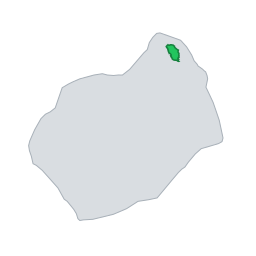 location of Qomoqomong, Quthing, Lesotho, rotated 189°
{"feature_id": "5366337B91724059499872", "entity_name": "Qomoqomong", "entity_type": "district", "adm_level": 2, "iso_a3": "LSO", "parent_name": "Lesotho", "parent_adm1": "Quthing", "projection": "robinson", "projection_center": [27.812, -30.459], "detail": "fine", "context": "in_parent", "style": "filled", "palette": "green", "viewbox_px": 256, "rotation_deg": 189, "n_neighbors": 0, "source": "geoboundaries", "source_scale": "gbopen_adm2", "svg_char_len": 3431}
<svg xmlns="http://www.w3.org/2000/svg" viewBox="0 0 256 256"><g transform="rotate(189 128 128)"><path d="M169.9,175.0L162.5,177.4L161.5,177.6L156.8,177.1L150.5,177.6L145.6,178.9L141.8,179.4L135.5,186.2L124.2,204.6L121.2,208.5L120.3,215.7L117.7,221.4L114.5,225.9L111.3,226.9L101.9,225.2L89.8,222.9L82.8,217.3L76.5,210.0L73.2,204.7L69.7,201.8L68.5,200.2L63.6,197.8L61.8,196.5L60.1,195.6L58.1,192.1L57.0,189.0L57.4,180.5L53.9,175.4L48.0,166.7L44.2,159.6L39.1,149.9L35.9,141.6L32.6,133.0L33.0,129.3L36.1,126.8L45.3,122.4L52.4,119.1L57.5,112.9L63.0,103.8L65.7,98.3L68.4,95.8L71.3,91.9L76.5,83.3L82.2,73.7L88.3,63.5L96.1,60.5L106.7,57.1L116.8,48.1L128.9,40.5L148.5,32.3L157.6,30.3L161.1,29.1L163.3,30.6L165.6,35.3L168.9,39.2L176.6,46.1L179.9,47.7L187.8,57.8L196.3,64.8L206.1,72.8L212.8,76.8L216.2,77.9L219.0,84.9L221.8,90.2L223.4,95.1L223.0,99.9L219.9,111.7L215.4,123.7L211.7,128.7L207.3,131.8L203.0,136.5L201.3,146.2L199.3,157.5L193.7,162.1L189.3,165.2L183.3,169.0L169.9,175.0Z" fill="#d9dde1" stroke="#a8b0b8" stroke-width="1"/><path d="M101.6,216.4L101.9,215.9L102.1,215.8L102.3,215.7L102.4,215.4L102.5,215.1L102.6,214.9L102.8,214.6L103.0,214.5L103.0,214.4L102.9,214.2L102.7,214.0L102.6,213.9L102.4,213.8L102.2,213.7L102.2,213.4L101.9,213.3L101.7,213.2L101.6,212.9L101.4,212.8L101.3,212.7L101.2,212.6L101.0,212.4L101.0,212.2L100.9,212.2L100.8,211.8L100.8,211.6L100.6,211.4L100.4,211.3L100.3,211.2L100.4,210.9L100.5,210.8L100.5,210.6L100.4,210.4L100.2,210.2L99.9,209.8L99.9,209.7L99.7,209.3L99.7,209.2L99.4,209.0L99.2,208.9L99.2,208.7L99.1,208.4L99.0,208.2L98.9,208.3L98.7,208.3L98.4,208.2L98.2,208.2L97.9,208.1L97.8,207.9L97.7,207.9L97.3,207.5L97.2,207.5L97.0,207.3L97.0,207.1L96.9,207.0L96.9,206.8L96.8,206.6L97.0,206.3L97.1,206.2L96.9,206.1L96.7,206.0L96.6,205.7L96.8,205.4L96.7,205.3L96.6,205.2L96.5,204.9L96.3,204.8L96.2,204.7L95.9,204.6L95.7,204.4L95.6,204.2L95.5,203.9L95.4,203.7L95.2,203.4L95.1,203.1L94.9,203.0L94.7,203.0L94.5,202.9L94.4,202.8L94.3,202.7L94.2,202.7L93.9,202.5L93.8,202.4L93.7,202.4L93.3,202.4L93.2,202.4L92.9,202.3L92.7,202.3L92.3,202.3L92.2,202.3L91.9,202.3L91.7,202.4L91.5,202.5L91.3,202.5L91.2,202.5L90.8,202.4L90.6,202.5L90.1,202.5L89.8,202.2L89.5,202.0L89.4,202.0L89.4,201.9L89.2,201.9L88.9,201.8L88.6,201.7L88.3,201.8L88.6,202.0L88.8,202.0L89.0,202.2L89.1,202.4L89.1,202.5L89.1,202.8L88.8,203.0L88.7,203.4L88.7,203.6L88.6,203.8L88.8,203.9L88.9,204.0L89.0,204.1L89.3,204.1L89.5,204.0L89.6,204.3L89.6,204.5L89.5,204.8L89.5,205.0L89.4,205.4L89.3,205.6L89.2,205.6L89.0,205.8L88.8,205.8L88.7,205.9L88.8,206.0L88.9,206.3L88.9,206.5L88.9,206.8L89.0,207.0L88.9,207.4L89.0,207.5L89.3,208.0L89.3,208.5L89.3,208.9L89.2,209.1L89.3,209.4L89.4,209.6L89.5,209.8L89.6,210.0L90.3,210.5L90.5,210.8L90.5,211.0L90.5,211.4L90.5,211.5L90.5,211.9L90.5,212.1L90.6,212.3L90.5,212.5L90.4,212.8L90.6,212.9L90.9,213.0L91.0,213.0L91.4,213.1L91.6,213.2L91.8,213.3L92.0,213.4L92.2,213.5L92.4,213.7L92.5,213.7L92.8,213.8L93.0,213.9L93.2,214.1L93.3,214.2L93.5,214.4L93.7,214.5L93.8,214.5L94.1,214.6L94.4,214.9L94.5,215.1L94.7,215.4L94.8,215.7L94.9,215.9L94.9,216.1L95.3,216.2L95.6,216.3L95.8,216.6L96.0,216.8L96.4,216.9L96.7,217.0L96.9,216.9L97.1,216.9L97.6,216.9L97.9,216.9L98.0,216.9L98.2,217.0L98.5,216.9L99.0,216.8L99.3,216.8L99.4,216.7L99.5,216.7L99.9,216.2L100.1,216.1L100.3,216.1L100.7,216.1L100.8,216.2L101.0,216.2L101.2,216.3L101.3,216.3L101.5,216.3L101.6,216.4Z" fill="#22c55e" stroke="#15803d" stroke-width="1.5"/></g></svg>